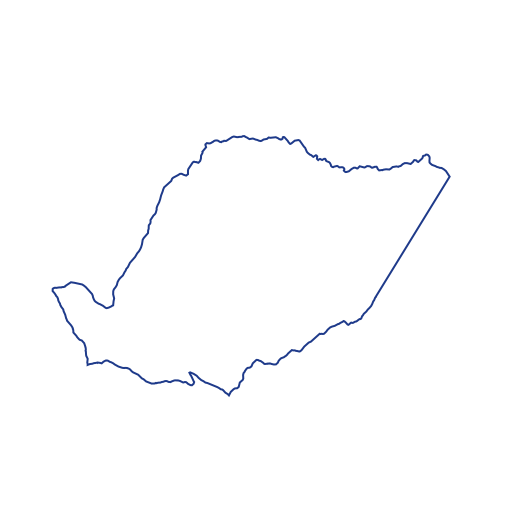 outline of Zarcero, Alajuela, Costa Rica, rotated 138°
{"feature_id": "36466004B69998662066275", "entity_name": "Zarcero", "entity_type": "district", "adm_level": 2, "iso_a3": "CRI", "parent_name": "Costa Rica", "parent_adm1": "Alajuela", "projection": "natural_earth1", "projection_center": [-84.401, 10.218], "detail": "fine", "context": "isolated", "style": "outline", "palette": "blue", "viewbox_px": 512, "rotation_deg": 138, "n_neighbors": 0, "source": "geoboundaries", "source_scale": "gbopen_adm2", "svg_char_len": 6103}
<svg xmlns="http://www.w3.org/2000/svg" viewBox="0 0 512 512"><g transform="rotate(138 256 256)"><path d="M377.1,194.1L372.4,184.3L371.7,182.2L371.4,180.6L370.4,179.3L370.2,178.3L370.2,174.9L369.4,172.2L369.4,170.5L365.7,171.9L361.7,172.0L360.3,171.7L358.4,170.3L356.4,170.3L352.7,172.8L348.8,172.8L347.5,173.4L345.2,176.2L343.6,177.3L341.7,177.6L341.3,177.9L338.7,178.5L337.2,178.5L335.3,177.2L333.3,177.0L330.2,178.4L325.3,178.5L324.9,178.3L323.9,177.0L323.7,176.1L322.8,174.8L322.1,171.7L322.1,170.6L321.7,169.8L320.0,168.6L319.6,168.5L319.4,168.0L318.1,167.4L318.0,167.0L317.2,166.4L316.8,165.5L315.3,163.4L313.7,162.1L311.2,162.1L309.5,162.9L307.6,163.2L305.7,163.2L303.0,162.1L301.5,162.0L301.1,161.8L298.6,161.8L297.7,162.1L292.3,162.1L291.5,160.9L290.3,159.9L289.7,158.6L289.1,158.1L288.2,156.6L287.8,156.4L287.6,155.9L286.8,155.6L284.9,155.6L280.7,156.4L274.8,156.4L272.5,155.6L260.7,155.6L260.2,154.8L259.4,154.4L258.9,153.7L257.9,152.9L257.4,152.7L254.5,152.8L252.1,153.3L248.7,153.3L246.8,152.7L244.2,151.4L240.4,150.5L240.2,150.2L239.2,149.9L238.3,149.9L235.5,149.1L234.5,149.1L234.0,148.3L233.8,146.7L233.8,143.9L233.5,143.1L232.6,142.9L230.1,142.9L229.7,142.7L229.3,141.9L228.6,141.4L226.3,140.9L225.4,140.3L224.5,140.1L222.5,140.0L221.2,139.8L220.5,139.2L219.5,139.2L217.4,140.3L216.5,140.3L214.6,140.9L211.2,140.9L208.8,141.4L206.4,141.5L203.9,141.8L201.7,142.6L199.1,143.9L198.1,144.0L195.1,145.4L194.1,145.4L193.8,145.7L59.0,185.4L58.0,192.0L58.4,194.7L59.2,197.3L60.5,198.6L60.9,199.5L62.0,201.2L62.5,202.7L64.2,205.9L64.5,207.9L64.5,209.3L63.5,210.6L61.3,212.7L60.6,214.0L60.6,216.1L61.2,217.1L61.8,217.6L63.1,217.6L64.8,218.5L65.3,218.4L66.3,217.6L67.4,217.3L72.5,217.3L72.9,218.0L72.9,219.8L74.1,221.3L74.6,221.4L76.3,220.9L79.5,220.9L81.5,223.8L83.3,225.5L85.5,226.1L88.3,226.1L89.9,227.0L90.5,227.0L91.7,228.6L95.0,230.7L96.9,230.7L99.0,231.0L101.3,233.4L103.4,234.8L104.6,235.2L104.7,235.5L107.2,237.2L107.3,239.2L106.7,241.0L106.7,241.7L108.2,242.9L108.8,243.0L109.5,243.5L110.1,243.5L110.6,243.9L110.9,244.2L111.3,246.2L112.1,247.3L113.4,248.5L115.8,249.0L116.3,249.3L118.9,253.3L121.9,253.1L122.4,253.5L123.0,255.0L124.1,256.1L126.8,256.7L130.3,256.8L132.6,257.9L133.2,258.4L133.5,259.1L133.6,260.7L132.2,261.4L131.9,262.1L132.0,263.4L132.6,264.4L134.8,266.1L135.1,267.8L135.5,268.7L138.3,270.2L139.1,270.3L139.7,271.0L139.9,271.8L139.9,272.9L139.3,273.8L138.8,275.9L138.9,276.8L140.2,279.5L140.1,280.4L139.6,281.0L139.6,281.9L140.3,282.6L142.6,283.1L143.5,285.3L144.6,285.7L145.6,285.7L145.7,287.5L143.8,289.1L143.8,290.3L144.1,290.8L147.1,291.3L147.5,294.1L148.1,295.2L148.5,297.8L148.5,299.4L147.1,303.5L147.2,305.2L146.3,312.6L146.9,313.8L150.1,315.8L154.4,316.0L155.6,316.4L155.7,316.7L155.7,318.8L155.4,320.2L155.4,325.3L156.0,326.1L156.6,326.3L157.8,325.4L159.0,325.5L159.4,326.0L159.7,326.0L160.5,327.3L160.8,328.7L161.8,331.0L166.2,334.2L167.3,335.6L169.5,335.7L172.4,337.5L174.8,337.9L175.6,338.3L176.6,339.6L177.4,341.4L178.4,342.8L179.4,344.9L180.0,345.6L182.7,347.3L183.5,350.2L184.2,351.7L184.3,352.7L185.5,353.8L186.9,354.2L189.1,356.0L189.6,356.2L190.6,357.0L192.5,359.6L193.1,359.9L194.0,360.3L200.8,361.4L201.4,361.6L202.6,363.0L203.3,363.0L204.6,363.8L205.6,363.8L206.4,364.8L207.2,367.4L208.1,368.4L209.2,369.2L210.4,369.6L211.6,369.6L212.1,369.9L213.1,369.9L214.9,370.5L215.6,371.1L217.0,372.8L218.9,372.8L219.3,372.4L220.3,370.2L226.0,369.4L226.1,369.0L227.0,368.3L229.6,367.4L231.8,365.2L233.9,364.0L236.4,363.8L237.2,365.0L237.2,365.4L238.5,366.7L238.9,367.5L239.5,367.8L240.7,367.8L248.1,365.9L249.4,365.0L251.8,362.3L254.1,362.5L255.4,364.7L256.2,366.8L257.5,367.9L259.9,368.3L265.1,369.6L266.6,369.6L268.8,368.5L278.3,368.5L280.5,367.5L282.1,366.5L286.0,364.5L289.4,362.2L292.1,360.7L295.5,359.4L297.2,358.5L297.9,358.0L298.7,357.0L301.7,355.1L303.2,354.7L305.1,354.7L310.4,353.3L311.4,352.0L312.4,351.2L312.9,350.9L315.0,350.6L315.5,350.2L317.6,348.0L319.0,347.2L320.9,345.3L327.3,344.5L329.3,343.9L332.9,341.0L335.7,339.3L337.9,338.4L339.9,337.8L342.4,337.5L346.5,336.2L354.2,335.3L358.6,333.5L361.1,333.2L362.6,332.4L364.6,331.9L367.9,330.6L371.7,330.5L373.6,330.2L376.2,329.3L378.9,327.5L381.1,326.8L384.0,326.3L385.6,325.4L387.8,323.1L389.8,319.4L392.1,317.7L395.2,314.9L396.2,315.3L397.0,315.3L400.0,316.2L401.8,317.1L402.2,317.6L402.5,318.4L403.1,321.7L403.6,322.9L404.1,324.4L404.9,325.9L405.8,329.2L405.9,330.6L405.5,332.3L404.7,334.4L403.9,335.7L403.3,337.4L403.3,346.7L403.7,349.2L404.2,351.1L408.8,357.5L411.1,360.3L417.7,361.3L417.9,361.1L418.5,361.1L419.8,361.7L421.0,362.7L421.5,362.8L423.5,364.5L425.7,365.9L426.7,367.0L428.1,367.6L429.1,367.6L430.6,366.0L430.6,363.5L430.9,361.0L431.2,360.5L431.2,358.3L431.9,356.4L432.5,355.6L433.1,354.0L433.5,351.9L434.4,350.1L434.4,349.4L434.7,348.8L435.0,345.3L435.9,343.7L437.1,340.0L438.9,336.5L439.0,335.8L439.7,334.3L439.8,328.2L440.2,325.8L440.6,324.7L440.9,324.5L440.9,324.2L441.4,323.2L442.9,321.3L442.9,316.9L443.2,315.3L443.2,312.8L443.1,311.7L442.0,309.8L442.0,306.2L443.3,303.2L443.7,302.6L443.7,302.3L444.9,300.5L446.1,299.6L446.1,299.2L448.6,296.0L449.2,294.8L449.3,294.1L449.9,292.2L452.6,289.8L453.5,288.2L454.0,287.7L451.8,286.9L449.8,285.5L447.9,284.7L447.2,284.1L445.1,282.9L445.1,282.6L444.8,282.6L443.4,280.9L442.5,279.5L440.0,279.5L437.7,278.9L437.2,278.6L436.9,278.1L436.6,278.0L436.1,277.3L435.4,275.0L434.7,273.9L433.9,271.7L433.6,270.0L432.2,265.9L430.2,262.4L428.9,260.9L428.3,260.6L426.7,259.0L426.7,258.7L426.0,257.7L425.5,256.0L425.5,253.5L425.2,251.8L423.0,246.6L422.7,241.4L422.0,239.6L421.6,236.3L418.9,231.0L416.8,229.2L415.4,228.7L415.4,228.3L413.3,227.2L411.9,226.0L410.3,225.4L409.3,224.7L407.3,223.9L406.6,223.3L406.0,222.8L405.2,220.9L403.8,219.4L403.1,219.4L400.0,218.2L398.6,217.1L397.9,216.2L397.3,215.9L396.1,214.0L394.8,210.8L394.3,210.4L393.6,210.2L392.5,209.3L392.1,207.7L392.1,206.6L391.1,203.9L390.1,202.8L387.9,202.8L386.3,203.7L386.2,204.4L385.0,208.2L384.3,210.6L384.3,211.3L383.6,213.8L382.8,213.6L381.2,210.2L380.2,206.7L380.2,203.8L379.7,200.4L378.8,198.1L378.3,195.8L377.1,194.1Z" fill="none" stroke="#1e3a8a" stroke-width="2"/></g></svg>